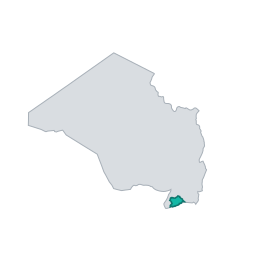 location of Mayo-Dallah, Mayo-Kebbi Ouest, Chad, rotated 297°
{"feature_id": "50815135B58245995276010", "entity_name": "Mayo-Dallah", "entity_type": "district", "adm_level": 2, "iso_a3": "TCD", "parent_name": "Chad", "parent_adm1": "Mayo-Kebbi Ouest", "projection": "mercator", "projection_center": [14.882, 9.1], "detail": "fine", "context": "in_parent", "style": "filled", "palette": "teal", "viewbox_px": 256, "rotation_deg": 297, "n_neighbors": 0, "source": "geoboundaries", "source_scale": "gbopen_adm2", "svg_char_len": 5349}
<svg xmlns="http://www.w3.org/2000/svg" viewBox="0 0 256 256"><g transform="rotate(297 128 128)"><path d="M188.5,81.2L188.5,86.6L188.5,92.1L188.5,97.5L188.5,102.8L188.5,108.2L188.5,113.6L188.5,118.9L188.5,124.3L188.5,126.0L188.4,126.7L188.3,126.8L188.1,126.9L185.4,126.5L184.2,126.4L182.5,126.8L180.0,127.0L178.4,127.0L177.3,127.9L176.5,129.0L176.9,131.6L176.8,132.5L176.5,133.4L175.7,134.2L175.0,134.8L174.5,135.3L174.0,136.5L173.6,137.1L173.6,137.8L173.5,138.6L173.0,139.0L171.9,139.3L171.1,139.7L170.5,140.3L170.1,140.7L170.3,141.2L170.6,142.0L170.8,143.1L170.9,143.8L171.5,144.4L171.8,144.8L171.9,145.3L171.6,145.7L170.2,146.5L169.6,146.9L169.0,147.3L168.8,147.5L167.7,148.3L167.2,149.0L167.0,149.6L167.0,150.4L167.5,151.6L168.1,152.7L168.3,153.5L168.4,154.3L168.4,155.1L168.1,155.8L167.6,156.5L165.6,157.7L164.7,159.0L163.9,160.6L163.7,161.5L163.9,162.1L164.3,162.6L164.9,162.8L165.8,162.9L167.1,162.6L168.4,162.4L169.8,163.0L170.5,164.4L170.2,165.4L170.7,167.1L171.2,169.3L171.2,170.0L171.4,170.3L172.2,170.4L172.4,170.9L172.1,174.7L172.5,175.7L173.1,176.5L173.8,176.9L174.4,177.4L174.7,177.7L175.5,177.8L176.3,178.5L176.6,179.4L176.5,180.3L176.0,182.2L175.6,183.5L175.1,183.4L174.1,183.1L172.9,182.8L171.4,182.6L170.0,183.1L168.5,183.8L168.0,184.3L167.5,184.6L166.9,184.5L166.2,184.6L165.9,185.1L165.3,185.6L163.1,186.7L162.6,187.1L162.4,187.5L162.4,187.9L162.6,188.8L162.6,189.9L162.1,190.8L161.5,191.4L160.9,191.7L160.3,191.8L160.0,192.2L158.8,194.2L158.3,194.6L157.3,194.5L154.4,197.6L154.1,198.5L153.0,199.7L151.6,201.1L150.4,201.8L150.3,202.1L150.0,202.4L149.3,202.7L146.7,204.4L143.6,204.3L142.2,205.0L140.9,205.3L138.9,205.6L138.4,205.6L135.9,205.7L132.9,205.7L131.8,205.9L130.8,206.6L130.0,207.1L129.9,207.3L130.0,207.6L130.0,207.8L132.0,209.2L132.5,209.9L132.0,210.5L131.8,210.6L131.7,210.7L131.4,211.2L130.2,212.8L128.4,214.7L127.4,215.2L127.1,215.5L126.6,216.8L126.3,217.0L125.0,217.1L122.5,217.3L119.1,217.7L117.0,217.8L115.7,217.7L113.9,218.5L113.3,218.8L112.9,218.8L111.1,219.7L109.6,220.9L109.1,221.2L107.0,221.7L106.2,222.6L105.8,222.7L104.5,221.5L103.6,220.5L103.1,219.4L103.1,219.0L102.8,219.1L102.1,219.6L101.4,220.1L101.1,221.2L99.0,221.9L97.1,222.5L96.3,223.2L95.0,223.6L93.4,223.4L92.1,223.1L90.8,223.0L91.4,222.1L91.6,221.4L91.7,220.5L91.6,219.9L90.9,219.7L90.4,219.2L89.3,216.5L88.2,213.7L86.6,211.0L84.9,209.3L83.7,208.2L83.3,208.1L82.7,207.7L82.2,207.4L80.0,205.6L77.6,203.5L77.0,202.5L75.8,201.1L74.5,199.7L73.9,199.0L73.5,197.8L74.4,196.7L75.4,195.4L76.6,194.4L78.1,194.4L80.7,194.8L83.4,194.9L86.1,194.6L86.8,194.4L87.5,194.4L89.0,194.7L91.5,194.7L92.8,194.1L91.4,193.2L89.9,191.7L88.5,190.0L87.6,188.6L86.8,186.6L86.1,184.3L85.6,181.2L85.7,179.4L85.9,178.2L86.7,176.2L86.2,175.0L86.3,174.0L86.2,172.6L86.0,171.9L85.0,169.5L84.8,169.3L83.9,167.6L83.5,164.9L82.6,163.1L81.0,162.2L80.1,161.1L79.7,159.3L79.1,158.8L76.6,158.1L74.5,158.1L73.0,156.0L71.1,153.2L69.3,150.7L68.1,145.6L67.5,142.7L68.2,141.8L69.7,139.7L71.6,135.7L75.9,129.6L78.0,126.4L82.4,121.7L87.7,115.8L90.7,112.5L91.2,106.5L91.7,100.1L92.1,95.3L92.6,89.5L93.0,84.7L93.3,81.2L93.7,76.2L94.1,75.3L96.2,71.3L96.4,70.8L96.0,70.2L93.0,66.8L92.0,66.1L91.5,64.3L92.3,63.3L88.7,57.7L87.8,57.0L87.4,56.3L87.3,55.3L87.3,51.4L86.3,45.2L85.1,38.0L89.3,36.0L92.5,34.4L96.6,32.4L100.4,34.5L105.9,37.4L111.4,40.4L116.9,43.3L122.4,46.3L127.9,49.2L133.4,52.1L138.9,55.1L144.5,58.0L150.0,60.9L155.5,63.8L161.0,66.7L166.5,69.6L172.0,72.5L177.5,75.4L183.0,78.3L188.5,81.2Z" fill="#d9dde1" stroke="#a8b0b8" stroke-width="1"/><path d="M90.4,205.2L90.3,204.8L90.3,204.3L90.3,203.8L90.1,203.4L90.0,203.5L89.9,203.4L89.7,203.3L89.5,203.2L89.4,203.2L89.2,203.1L88.8,202.9L88.7,202.8L88.4,202.7L88.1,202.4L87.8,202.3L87.7,202.2L87.4,202.1L87.0,201.8L86.9,201.8L86.9,201.7L86.7,201.3L86.6,201.2L86.5,200.9L86.4,200.9L86.3,200.7L86.4,200.4L86.3,200.2L86.3,199.8L86.3,199.6L86.2,199.6L86.1,199.4L85.9,199.2L85.7,199.0L85.6,198.9L85.7,198.7L85.8,198.6L85.8,198.4L85.7,198.2L85.3,198.0L85.2,198.0L85.2,197.9L84.9,197.8L84.7,197.7L84.5,197.8L84.4,197.8L84.2,197.8L83.9,198.0L83.7,198.0L83.2,198.1L82.9,198.1L82.7,198.1L82.4,198.1L82.4,198.4L82.4,198.9L82.3,199.3L82.1,199.7L81.9,200.2L81.4,200.4L81.2,200.7L81.1,201.2L80.8,201.6L80.4,201.6L80.1,201.5L79.8,201.2L79.5,201.1L78.9,201.0L78.3,200.8L77.8,201.0L77.5,201.2L77.2,201.3L76.9,201.4L77.0,201.5L77.3,201.6L77.6,201.8L77.7,202.0L77.8,202.2L77.9,202.3L78.1,202.4L78.2,202.5L78.3,202.6L78.3,202.9L78.3,203.0L78.2,203.2L78.2,203.3L78.1,203.5L78.3,203.7L78.4,203.8L78.5,203.9L78.6,204.0L78.8,204.2L78.9,204.3L79.0,204.4L79.0,204.5L79.3,204.6L79.5,204.8L79.4,205.0L79.5,205.3L79.6,205.5L79.8,205.5L80.0,205.6L80.4,205.9L80.5,206.0L80.9,206.4L81.0,206.4L81.1,206.5L81.3,206.7L81.3,206.8L81.5,207.0L81.8,207.2L81.8,207.3L82.0,207.5L82.3,207.7L82.5,208.0L82.9,208.0L83.0,208.1L83.3,208.2L83.6,208.2L83.8,208.1L84.0,208.0L84.2,208.3L84.3,208.4L84.3,208.5L84.4,208.8L84.5,208.8L84.8,208.9L85.0,209.0L85.1,209.3L85.1,209.5L85.3,209.6L85.7,209.7L85.8,209.7L86.0,209.7L86.3,209.7L86.5,209.7L86.8,209.8L87.0,209.9L87.1,210.0L87.3,210.1L87.4,210.3L87.5,210.4L87.7,210.5L87.7,210.8L87.8,210.9L87.8,211.0L87.9,211.3L87.9,211.5L88.0,211.7L88.1,211.3L88.1,210.8L88.3,210.4L88.5,209.8L88.6,209.3L89.4,208.7L89.4,207.9L89.4,207.4L89.5,206.9L89.5,206.6L89.8,206.0L89.7,205.5L90.4,205.2Z" fill="#14b8a6" stroke="#0f766e" stroke-width="1.5"/></g></svg>